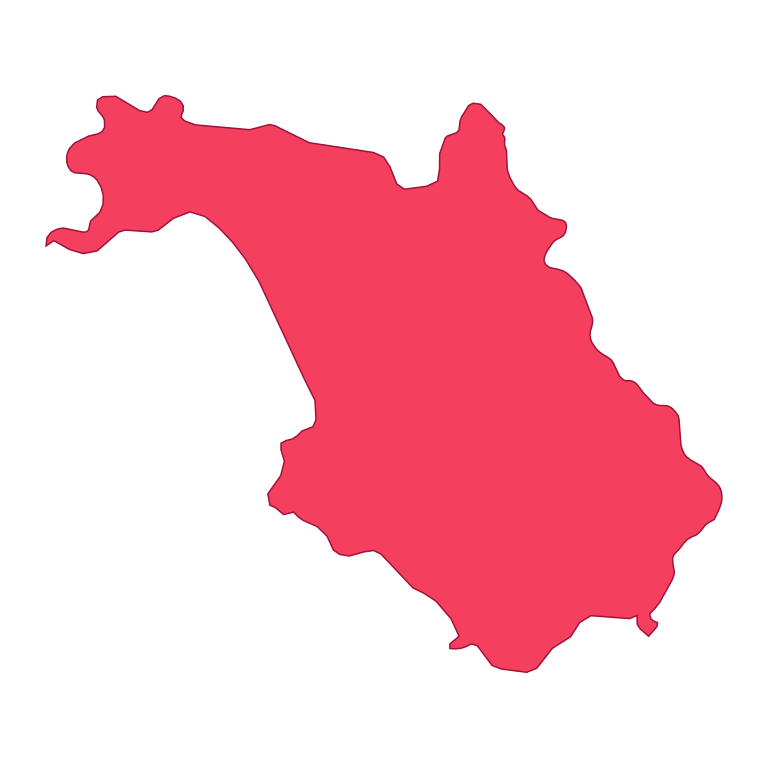 an SVG outline of Salerno
{"feature_id": "ITA-5400", "entity_name": "Salerno", "entity_type": "Province", "adm_level": 1, "iso_a3": "ITA", "parent_name": "Italy", "parent_adm1": "", "projection": "albers", "projection_center": [15.247, 40.421], "detail": "fine", "context": "isolated", "style": "filled", "palette": "rose", "viewbox_px": 768, "rotation_deg": 0, "n_neighbors": 0, "source": "natural_earth", "source_scale": "10m", "svg_char_len": 3406}
<svg xmlns="http://www.w3.org/2000/svg" viewBox="0 0 768 768"><path d="M648.6,636.2L640.2,629.0L637.2,624.2L637.0,615.5L629.7,618.6L590.9,615.7L579.7,622.5L570.6,636.7L552.3,648.4L536.7,668.3L526.7,672.3L501.3,669.0L492.1,665.5L477.2,645.6L471.3,643.9L466.4,646.5L461.1,648.2L455.6,648.9L449.9,648.5L449.9,643.9L459.1,636.2L451.0,618.7L435.8,601.0L423.3,592.9L413.2,588.1L380.9,554.0L373.5,550.5L364.8,551.7L349.2,556.0L339.7,554.4L333.4,550.1L327.2,536.4L317.1,526.5L303.1,520.4L298.2,516.8L293.5,512.1L283.7,514.6L275.5,507.7L269.9,505.2L267.8,493.8L280.7,475.7L284.4,461.2L281.0,449.6L281.0,443.3L286.1,440.5L292.1,439.1L297.5,435.6L301.9,431.0L313.0,426.7L316.0,419.7L315.0,400.4L303.6,377.5L259.3,282.0L245.4,259.0L232.2,241.8L219.1,228.0L205.0,216.5L189.8,211.9L173.3,218.4L158.2,230.2L151.8,231.9L125.1,230.1L118.7,232.1L97.1,250.9L83.2,253.6L69.1,249.3L53.9,240.6L46.1,245.9L46.9,237.8L51.1,232.3L57.1,229.2L63.1,228.0L83.2,232.1L86.2,231.9L88.5,230.1L90.6,221.0L99.9,212.2L103.0,204.5L103.3,195.7L101.1,187.2L97.1,180.1L94.0,177.1L90.6,175.0L86.8,173.8L74.6,172.8L71.0,170.8L68.1,166.5L66.8,162.0L66.6,157.2L67.6,152.6L69.5,148.5L74.5,143.1L88.5,136.1L97.9,133.9L102.1,131.6L104.6,127.3L104.4,120.0L102.9,116.6L98.1,110.9L96.6,107.3L97.5,99.9L102.8,96.7L115.8,96.3L139.6,110.6L147.5,112.3L152.1,109.6L159.1,98.6L164.4,95.7L169.1,96.1L174.9,97.9L180.2,101.0L183.2,105.6L183.2,111.0L181.6,114.7L181.2,117.7L184.8,121.0L195.5,124.9L249.8,129.7L269.6,124.5L275.3,125.9L309.2,142.7L373.5,152.5L383.7,157.1L390.2,167.3L396.8,184.0L404.5,189.2L426.6,186.3L437.6,181.1L439.5,169.0L439.7,153.4L445.4,137.7L447.6,135.9L456.6,132.7L459.0,130.0L460.0,121.1L461.4,117.2L468.7,105.5L473.1,103.2L480.8,104.3L492.1,115.6L499.2,123.1L501.5,124.3L503.7,126.4L504.7,128.0L503.9,130.8L503.0,132.6L502.6,134.6L504.2,136.7L504.9,138.8L504.6,141.7L504.6,145.5L506.5,150.6L507.2,168.8L508.1,172.5L509.7,177.0L513.6,184.5L516.1,188.1L518.5,190.6L526.5,195.5L529.9,198.4L531.3,200.0L537.2,209.1L538.6,210.6L550.4,217.7L553.0,218.5L561.5,220.0L563.8,221.0L565.5,222.4L566.3,224.8L566.4,227.9L565.3,232.4L563.9,234.9L562.1,236.6L556.2,239.7L554.4,241.0L552.8,242.6L546.8,251.4L545.3,254.5L544.7,256.5L544.2,258.7L544.1,260.3L544.6,262.5L546.0,264.8L549.3,267.3L552.5,268.2L558.5,269.4L563.4,271.0L567.3,273.4L574.0,279.5L579.7,286.0L581.0,287.8L592.3,317.8L592.7,321.0L592.0,325.7L590.4,331.1L590.2,333.0L590.0,335.4L590.5,338.4L591.5,341.7L594.3,346.2L596.3,348.8L598.2,350.9L601.8,353.7L607.8,357.3L611.3,359.9L613.3,362.9L619.5,376.1L622.7,379.3L625.6,380.8L628.2,380.6L630.8,380.8L633.1,381.6L635.2,382.7L638.2,385.9L643.4,392.9L652.4,402.3L654.2,403.7L656.4,404.7L658.8,405.4L666.6,405.7L668.9,406.4L670.9,407.5L672.6,408.8L675.6,412.1L678.2,415.6L679.0,419.3L680.9,444.5L682.1,449.1L683.9,453.2L685.0,455.0L686.5,456.7L690.0,459.6L700.1,465.4L701.8,466.8L703.2,468.5L706.6,474.1L708.0,475.8L709.5,477.4L716.3,483.0L719.2,486.4L720.3,488.6L721.2,491.1L721.8,494.7L721.9,497.8L721.7,500.8L721.2,503.2L719.1,509.3L714.3,519.4L707.8,523.1L704.9,525.6L701.0,530.7L698.3,533.3L696.0,535.1L691.8,536.8L687.9,539.1L686.3,540.5L684.3,542.6L678.9,549.5L674.7,553.7L673.4,555.9L672.6,558.6L672.8,563.2L674.3,571.6L674.1,574.4L672.2,579.8L659.7,602.3L655.1,608.2L650.1,613.4L649.8,615.5L651.0,618.8L652.7,620.4L654.1,621.3L656.0,621.9L657.6,622.7L656.9,626.7L648.6,636.2Z" fill="#f43f5e" stroke="#9f1239" stroke-width="1.5"/></svg>